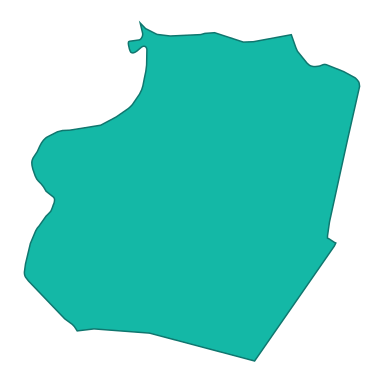 the border of Ar Raqqah
{"feature_id": "SYR-136", "entity_name": "Ar Raqqah", "entity_type": "Province", "adm_level": 1, "iso_a3": "SYR", "parent_name": "Syria", "parent_adm1": "", "projection": "robinson", "projection_center": [38.68, 35.997], "detail": "fine", "context": "isolated", "style": "filled", "palette": "teal", "viewbox_px": 384, "rotation_deg": 0, "n_neighbors": 0, "source": "natural_earth", "source_scale": "10m", "svg_char_len": 1654}
<svg xmlns="http://www.w3.org/2000/svg" viewBox="0 0 384 384"><path d="M243.4,42.1L253.5,41.7L291.3,34.7L295.8,47.5L297.4,51.2L307.0,63.1L309.5,65.3L311.1,66.0L313.1,66.5L315.0,66.6L318.5,66.2L320.0,65.9L323.0,64.7L323.8,64.5L324.6,64.4L325.5,64.5L326.4,64.7L343.7,71.6L355.4,78.0L357.4,80.1L358.7,81.9L359.0,82.6L359.2,83.5L359.6,86.4L347.5,139.8L329.5,221.9L327.5,235.9L327.5,238.2L328.8,238.7L334.3,242.3L335.8,243.0L334.3,246.1L254.6,361.0L149.4,333.1L94.0,328.9L77.2,330.9L74.4,326.6L72.2,324.3L64.7,318.8L28.5,281.0L25.8,277.5L25.3,276.7L24.9,275.7L24.5,274.2L24.4,273.0L24.4,272.0L25.5,263.9L30.4,243.4L35.7,230.8L37.3,228.1L38.3,226.9L38.8,226.4L46.0,216.2L49.7,212.5L50.7,211.3L51.1,210.7L52.4,207.5L53.3,204.8L53.6,204.2L54.0,203.2L54.3,202.1L54.6,199.7L54.3,198.4L53.7,197.3L46.1,191.3L46.0,191.1L43.6,187.0L41.2,183.9L38.5,181.2L36.7,179.0L35.1,175.7L32.8,169.0L32.0,165.4L31.8,162.6L32.0,160.9L32.5,159.4L33.2,157.8L37.3,151.6L39.7,146.3L41.4,143.1L43.4,140.3L45.5,138.2L46.5,137.4L49.7,135.7L57.4,131.8L62.6,130.5L69.6,130.2L100.7,125.2L116.1,117.0L128.4,108.5L130.6,106.5L132.3,104.7L139.5,94.2L141.7,89.7L142.9,85.8L144.4,78.1L145.8,71.5L146.6,65.1L146.9,49.9L146.8,49.0L146.6,48.3L146.3,47.6L145.8,47.0L145.2,46.5L144.4,46.3L143.7,46.2L142.9,46.4L141.5,47.1L137.0,51.0L135.1,52.2L133.6,52.8L132.8,52.9L132.0,52.8L131.3,52.5L130.7,52.1L130.1,50.9L129.4,49.0L128.5,45.0L128.3,43.1L128.6,41.8L129.2,41.4L130.0,41.2L139.4,39.9L140.3,39.4L141.2,38.5L142.3,36.5L142.6,35.2L142.7,34.0L142.6,33.2L140.2,23.0L145.6,28.6L157.0,34.4L170.2,36.0L200.7,34.6L204.8,33.4L214.6,32.7L243.4,42.1Z" fill="#14b8a6" stroke="#0f766e" stroke-width="1.5"/></svg>